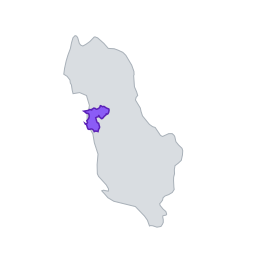 location of Durrës within Albania, rotated 343°
{"feature_id": "ALB-1494", "entity_name": "Durrës", "entity_type": "County", "adm_level": 1, "iso_a3": "ALB", "parent_name": "Albania", "parent_adm1": "", "projection": "mercator", "projection_center": [19.648, 41.417], "detail": "fine", "context": "in_parent", "style": "filled", "palette": "violet", "viewbox_px": 256, "rotation_deg": 343, "n_neighbors": 0, "source": "natural_earth", "source_scale": "10m", "svg_char_len": 2792}
<svg xmlns="http://www.w3.org/2000/svg" viewBox="0 0 256 256"><g transform="rotate(343 128 128)"><path d="M85.5,79.1L85.7,75.6L86.5,70.1L86.0,68.2L86.5,65.1L84.9,60.8L82.3,57.8L84.8,52.4L88.5,45.8L91.9,40.7L96.1,35.2L98.9,30.0L101.8,25.6L104.4,24.2L105.7,25.1L106.3,27.1L106.2,32.9L107.0,34.9L108.8,36.4L112.5,35.6L116.7,34.2L122.3,31.1L123.2,31.3L125.3,32.9L129.6,39.9L132.4,46.1L138.0,48.2L141.2,50.6L145.2,54.2L147.2,57.9L149.9,69.0L150.2,75.7L149.4,78.8L148.7,79.6L146.2,90.5L146.8,96.0L146.8,99.7L144.7,101.1L143.3,103.4L145.6,112.5L145.3,116.3L145.4,120.7L149.5,130.8L151.9,133.9L154.1,135.4L156.9,144.6L158.5,146.2L165.3,145.3L168.6,146.3L169.9,148.5L170.2,150.0L169.8,155.1L171.4,159.1L173.7,163.2L173.7,165.7L172.2,169.7L169.5,174.5L165.9,176.3L161.9,177.8L160.1,181.5L159.1,185.4L157.3,188.3L156.2,191.5L154.6,197.9L154.2,200.3L151.5,202.6L147.4,203.6L143.7,203.8L141.2,204.9L139.9,207.1L137.5,208.9L136.1,209.7L136.1,211.6L137.8,215.7L139.8,219.0L139.8,221.7L138.9,222.4L135.8,222.1L135.2,223.1L134.9,226.0L134.1,228.6L132.8,230.1L130.7,231.8L126.7,231.3L123.0,228.7L121.0,227.9L119.9,228.0L119.6,221.8L118.0,217.0L112.1,205.3L93.0,193.9L88.4,188.8L86.5,184.5L84.5,180.4L86.4,180.3L88.3,181.4L90.7,182.6L91.6,180.6L90.6,176.1L85.7,165.7L85.3,162.8L87.7,154.1L91.7,144.2L91.5,132.3L92.7,123.2L91.3,117.4L90.7,110.2L93.6,100.5L96.2,98.2L97.7,95.1L97.8,84.8L92.1,80.0L85.5,79.1Z" fill="#d9dde1" stroke="#a8b0b8" stroke-width="1"/><path d="M94.6,121.6L94.5,120.4L93.9,119.2L93.1,118.4L92.3,118.1L91.2,118.1L90.2,117.9L89.5,117.3L89.3,115.9L89.3,113.1L89.1,112.5L88.3,111.7L88.2,110.9L88.9,111.8L90.0,111.8L90.9,110.8L90.7,109.0L91.9,108.3L93.2,107.3L94.2,105.8L94.6,104.0L94.5,102.8L94.1,102.4L93.6,102.2L92.8,101.9L92.1,101.1L91.3,99.7L90.7,99.0L95.2,99.6L96.7,99.1L96.9,99.2L98.5,100.1L98.7,99.7L98.8,99.6L99.0,99.5L99.8,99.4L100.9,99.0L101.2,99.0L102.1,99.5L102.4,99.7L102.8,100.3L103.1,100.6L103.5,100.9L104.1,100.9L104.9,100.8L106.6,100.3L107.2,99.8L107.6,99.4L107.6,99.1L107.8,98.9L108.1,98.6L108.3,98.6L108.6,98.8L109.1,99.4L109.6,99.9L109.9,100.2L111.3,100.3L113.2,102.6L115.2,104.2L115.2,105.0L115.1,105.4L115.0,105.7L114.3,107.0L113.9,107.6L113.0,108.5L112.5,108.7L112.1,108.6L111.6,108.2L111.4,108.1L111.2,108.3L111.2,108.6L111.1,108.8L110.8,109.0L108.7,109.9L107.1,111.0L106.6,111.2L106.2,111.4L105.5,111.4L105.2,111.2L105.0,110.7L104.9,110.4L104.7,110.2L104.4,109.8L104.2,109.5L104.1,109.2L103.9,108.0L103.8,107.6L103.6,107.5L103.3,107.8L103.1,108.2L102.9,108.5L102.6,108.6L101.5,108.4L100.1,108.7L100.0,112.6L100.1,113.4L100.4,114.1L100.7,114.4L101.2,114.6L101.3,114.9L101.3,115.5L101.2,116.7L101.2,117.5L101.2,118.3L101.0,119.1L100.7,119.6L99.4,120.8L98.3,122.7L97.3,122.0L95.9,121.4L94.6,121.6L94.6,121.6Z" fill="#8b5cf6" stroke="#5b21b6" stroke-width="1.5"/></g></svg>